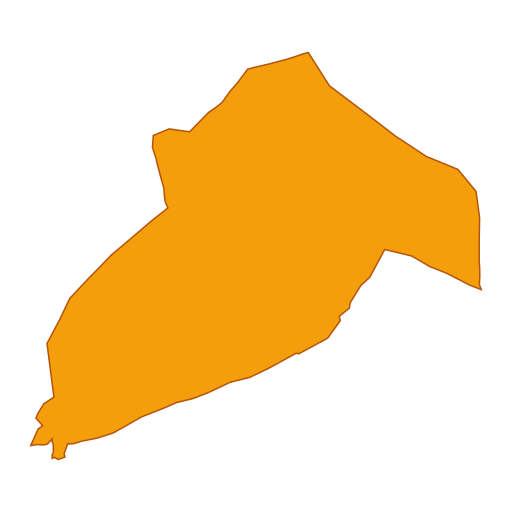 Santiago Cacaloxtepec, Oaxaca, Mexico
{"feature_id": "50627088B91472476679734", "entity_name": "Santiago Cacaloxtepec", "entity_type": "district", "adm_level": 2, "iso_a3": "MEX", "parent_name": "Mexico", "parent_adm1": "Oaxaca", "projection": "mercator", "projection_center": [-97.743, 17.73], "detail": "fine", "context": "isolated", "style": "filled", "palette": "amber", "viewbox_px": 512, "rotation_deg": 0, "n_neighbors": 0, "source": "geoboundaries", "source_scale": "gbopen_adm2", "svg_char_len": 1629}
<svg xmlns="http://www.w3.org/2000/svg" viewBox="0 0 512 512"><path d="M30.7,445.6L37.1,444.5L38.6,444.8L40.7,444.8L42.2,444.9L45.8,444.6L47.7,443.8L52.1,438.8L52.2,442.2L53.0,443.5L53.2,445.3L53.3,447.5L53.3,449.9L53.3,452.0L52.9,453.4L52.0,455.0L52.4,456.3L52.0,457.7L52.3,458.5L54.6,457.3L58.0,459.5L63.0,457.8L64.9,457.1L64.1,453.5L66.7,446.7L67.6,443.9L73.7,443.7L82.0,441.1L97.3,438.1L113.3,432.9L141.7,416.8L163.9,408.1L176.8,402.5L193.2,398.5L208.5,392.5L215.8,389.1L230.1,382.3L242.4,379.2L249.7,377.4L269.4,367.9L296.3,353.1L298.6,353.9L325.0,339.6L327.7,338.1L340.3,320.6L339.2,316.3L349.4,308.1L350.1,302.9L360.9,285.4L369.7,277.4L384.7,249.5L411.7,256.0L429.8,266.6L446.1,273.0L470.0,285.3L481.3,289.6L479.7,285.7L479.4,283.7L479.7,278.5L479.8,276.5L479.7,268.7L479.2,261.3L479.2,242.2L479.6,217.9L476.6,195.5L476.0,191.4L457.9,169.4L426.4,156.5L417.6,150.7L395.6,136.2L364.9,112.6L329.4,85.8L308.3,52.5L307.0,52.8L306.3,53.0L302.9,53.9L301.3,54.5L297.5,55.8L294.3,56.9L283.8,60.1L280.1,61.0L269.6,63.8L263.9,65.2L257.7,66.6L253.2,67.7L247.6,69.2L239.7,79.8L238.2,82.0L231.6,89.5L229.9,91.5L228.5,93.4L222.2,102.3L216.7,106.8L208.6,112.4L189.6,131.8L169.2,128.9L162.8,131.5L154.3,135.1L153.3,135.5L152.8,142.7L152.4,147.3L153.5,150.7L155.9,158.0L157.4,164.6L158.3,167.9L160.0,174.3L161.3,179.2L163.9,188.2L164.3,195.1L165.0,200.7L165.5,202.5L167.9,207.9L151.7,220.7L133.1,236.6L123.2,245.0L111.3,255.0L99.7,267.1L87.7,279.3L69.7,298.5L59.7,319.6L47.0,343.5L53.9,397.1L43.8,403.8L38.6,412.2L37.2,415.1L36.8,415.9L36.0,418.3L42.7,425.8L38.1,429.0L30.7,445.6Z" fill="#f59e0b" stroke="#b45309" stroke-width="1.5"/></svg>